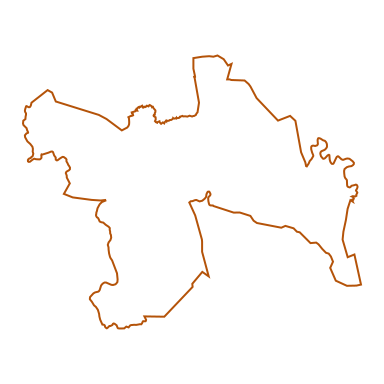 outline of Juan R. Escudero, Guerrero, Mexico
{"feature_id": "50627088B85628138735153", "entity_name": "Juan R. Escudero", "entity_type": "district", "adm_level": 2, "iso_a3": "MEX", "parent_name": "Mexico", "parent_adm1": "Guerrero", "projection": "robinson", "projection_center": [-99.489, 17.137], "detail": "fine", "context": "isolated", "style": "outline", "palette": "amber", "viewbox_px": 384, "rotation_deg": 0, "n_neighbors": 0, "source": "geoboundaries", "source_scale": "gbopen_adm2", "svg_char_len": 5987}
<svg xmlns="http://www.w3.org/2000/svg" viewBox="0 0 384 384"><path d="M23.3,120.7L23.0,123.5L23.5,125.1L26.6,128.2L27.0,129.9L28.1,132.3L28.0,132.8L26.5,133.4L25.2,134.9L24.9,135.3L25.1,137.2L27.4,141.4L30.3,144.0L32.4,146.7L32.9,148.8L32.7,151.7L33.3,153.7L32.7,156.0L32.2,156.6L31.5,156.9L30.6,158.1L29.4,158.4L28.3,159.3L27.9,160.1L28.0,161.4L28.8,161.9L30.0,161.7L32.5,159.7L34.2,158.7L35.9,159.2L37.4,159.3L39.4,159.4L40.2,159.2L41.3,158.1L41.5,157.2L41.3,155.2L41.6,154.4L42.2,154.6L42.6,154.5L48.4,152.7L51.0,151.6L52.1,151.5L53.0,152.1L54.2,155.5L55.7,157.5L55.7,159.2L55.8,159.7L56.9,160.4L57.6,160.2L60.2,158.3L61.8,157.3L62.6,156.9L63.7,157.0L65.8,158.5L66.5,159.5L66.4,161.1L66.6,161.6L67.7,163.5L68.2,164.8L69.1,166.0L70.0,167.7L69.9,169.3L68.9,170.3L66.6,171.6L66.0,172.4L65.8,173.1L66.7,175.5L66.8,177.6L69.8,183.4L63.9,193.9L72.7,197.4L91.6,199.9L100.7,200.5L105.2,200.0L105.4,200.6L102.0,202.0L99.9,204.0L99.3,204.9L97.5,208.3L96.9,211.1L96.4,212.4L96.2,214.3L96.0,214.9L96.1,215.8L96.9,217.3L97.8,217.8L98.3,218.4L99.7,221.5L101.2,222.2L103.3,222.6L105.6,224.7L108.7,226.8L109.8,228.1L109.7,229.9L110.1,231.3L110.2,233.5L110.9,234.9L111.2,237.7L110.4,240.1L108.6,242.4L107.8,244.9L108.5,247.3L108.6,249.7L109.1,253.5L110.0,256.9L110.6,258.2L112.1,260.4L117.0,273.3L117.6,279.4L117.4,282.0L116.3,283.5L115.4,284.3L113.0,285.0L111.3,284.8L106.0,282.5L104.6,282.5L104.0,282.8L102.6,283.7L101.1,285.5L99.7,290.0L98.8,291.3L98.1,291.7L95.1,292.4L93.4,293.4L90.1,297.0L89.9,298.2L89.9,299.3L91.9,301.8L94.0,305.3L95.9,306.9L97.9,309.9L99.1,313.9L99.4,316.5L100.2,319.7L102.4,324.6L103.4,324.6L104.3,325.0L104.8,325.5L105.0,326.6L105.5,327.4L106.4,328.1L106.8,328.3L107.6,327.8L109.4,326.0L110.4,326.0L112.4,325.0L112.9,323.9L113.5,323.5L114.5,323.7L116.6,325.3L117.6,327.8L118.1,328.3L119.5,328.5L124.2,328.4L126.3,326.6L128.6,327.4L130.1,325.5L131.0,325.1L134.1,324.8L136.2,324.9L140.0,324.2L141.2,324.3L142.0,323.4L142.6,321.9L143.1,321.2L145.2,321.3L145.6,321.2L145.9,320.7L146.1,319.8L144.4,316.4L164.3,316.7L192.6,286.9L192.3,283.8L202.3,271.9L208.7,276.4L202.1,251.8L202.1,241.8L201.9,239.5L195.2,215.4L189.3,202.5L190.7,201.3L192.6,201.1L194.5,200.3L195.9,200.0L196.4,200.0L199.6,201.4L202.3,200.7L204.8,198.6L206.1,196.9L206.4,194.6L206.8,193.4L207.7,191.8L208.4,191.6L209.3,191.7L210.2,193.3L210.5,194.2L210.2,195.3L208.3,197.4L208.2,198.8L208.4,201.3L209.0,203.9L209.5,204.9L210.4,205.4L213.0,205.5L213.4,206.0L233.7,212.6L239.7,212.5L250.4,215.9L253.6,220.7L256.9,223.0L281.3,227.7L285.4,225.9L293.6,228.3L296.9,231.7L299.7,232.3L310.5,243.1L316.2,242.6L318.5,244.3L322.3,249.0L326.0,252.8L328.7,253.6L330.9,256.5L333.0,261.7L330.2,267.9L335.8,280.7L346.9,285.8L356.4,285.6L361.0,284.6L354.4,254.5L347.7,257.2L342.6,239.6L343.4,231.7L345.9,220.0L347.6,208.9L350.4,200.2L352.7,201.6L351.6,199.1L352.7,200.0L353.0,200.1L353.4,199.6L353.8,198.3L352.8,196.8L352.0,196.5L352.6,196.2L355.4,196.4L356.4,195.8L356.3,194.7L357.3,192.8L357.3,192.5L356.0,190.6L356.2,189.9L357.0,188.7L357.5,187.2L357.5,186.4L357.0,185.2L355.9,184.6L354.5,185.1L351.5,185.8L350.4,187.1L349.7,187.4L348.3,187.0L347.7,186.6L347.3,186.0L347.1,185.0L346.9,180.2L346.5,179.5L345.4,178.3L344.6,176.6L344.2,173.2L344.1,170.9L344.6,169.0L346.8,167.2L348.8,166.5L351.5,166.1L353.0,165.1L353.8,164.1L353.9,162.8L352.7,161.3L349.9,159.1L349.1,158.7L347.3,158.5L345.9,158.8L343.3,159.8L342.7,159.8L341.5,159.3L338.4,156.4L337.8,156.3L336.9,156.8L336.4,157.5L333.6,163.4L333.2,163.8L332.1,163.9L331.7,163.7L330.7,162.5L330.1,161.1L329.7,159.5L329.4,155.2L328.9,154.8L327.6,155.4L325.1,158.1L324.5,158.5L323.5,158.8L322.9,158.6L321.0,156.3L320.3,153.8L320.4,152.9L320.6,152.2L321.5,151.2L324.5,149.9L325.3,149.3L326.3,148.1L326.8,147.3L327.0,146.3L326.9,144.2L326.5,143.0L325.8,141.8L324.8,140.8L323.1,140.3L320.5,138.6L318.9,138.1L318.1,138.4L317.7,139.5L317.6,140.4L317.9,144.0L317.4,145.0L317.0,145.4L315.1,146.0L313.8,145.7L312.6,145.7L311.7,146.1L311.4,146.6L311.2,147.1L311.2,149.2L312.1,152.5L313.1,154.9L313.3,155.7L313.2,156.2L311.5,159.1L309.7,161.1L308.7,163.5L306.8,166.4L306.1,166.1L305.3,162.3L301.1,152.3L295.4,120.8L290.1,115.9L278.0,120.6L256.6,98.1L250.5,86.6L248.7,84.1L244.6,80.5L231.3,80.0L229.6,79.4L227.2,79.4L231.5,63.9L228.0,65.5L223.7,59.2L217.5,55.5L213.4,56.7L209.2,56.2L202.3,56.7L193.4,58.1L193.4,68.7L195.0,76.2L193.4,77.1L194.6,77.0L194.9,77.3L194.6,77.7L199.0,102.7L197.5,112.4L196.4,113.6L196.0,114.8L194.3,115.9L193.3,116.0L192.1,116.5L189.6,115.7L187.4,116.6L185.5,116.3L183.1,116.4L182.5,115.9L180.0,116.7L180.1,117.1L179.0,117.9L176.8,118.2L176.5,117.7L176.1,118.5L175.6,118.2L174.7,118.6L173.3,118.3L173.1,118.1L172.9,118.8L171.3,119.9L169.9,120.0L168.9,120.7L167.4,120.9L166.5,120.4L166.2,120.5L166.2,121.1L166.0,120.9L164.8,122.1L164.2,123.4L162.9,122.4L161.1,123.8L160.2,122.9L159.7,122.0L159.3,121.8L159.3,121.4L157.2,122.3L157.1,122.7L156.4,122.4L156.3,122.1L155.7,122.0L155.5,121.5L155.0,121.1L155.7,119.5L155.6,117.3L153.8,116.2L153.6,115.5L153.9,114.9L154.6,114.9L154.8,114.7L154.8,113.1L155.4,112.0L155.4,110.4L153.3,107.9L152.9,106.7L152.4,106.6L152.1,106.8L152.1,106.6L151.5,106.3L151.2,105.9L149.7,105.0L149.2,105.3L149.0,105.8L148.5,106.4L148.0,106.2L147.9,106.0L146.7,105.7L146.3,106.1L146.3,106.4L145.7,106.9L145.1,107.1L144.6,106.7L143.8,106.9L143.4,107.6L143.0,107.6L142.2,105.7L141.2,106.2L140.9,106.7L140.2,107.0L139.6,106.7L139.3,106.8L139.6,107.2L139.2,107.7L138.4,107.3L137.5,107.9L137.3,108.4L136.5,109.0L137.3,110.7L136.8,110.7L136.4,110.1L136.3,110.6L136.0,110.7L135.5,110.4L135.2,111.3L131.7,112.4L131.9,113.1L132.3,113.0L132.8,113.8L133.1,115.3L131.7,115.9L131.3,115.7L128.4,117.2L128.8,118.0L129.0,118.7L129.2,122.0L129.1,124.2L128.6,125.7L127.3,127.5L121.8,130.4L106.5,119.0L98.8,114.9L55.8,101.5L52.1,92.6L47.6,90.1L31.5,102.7L30.8,105.6L30.0,106.9L29.4,107.2L28.6,107.2L26.6,106.1L26.1,106.3L25.2,109.1L24.9,110.8L25.1,111.8L26.0,113.4L26.0,114.8L25.6,116.5L25.4,119.1L23.3,120.7Z" fill="none" stroke="#b45309" stroke-width="2"/></svg>